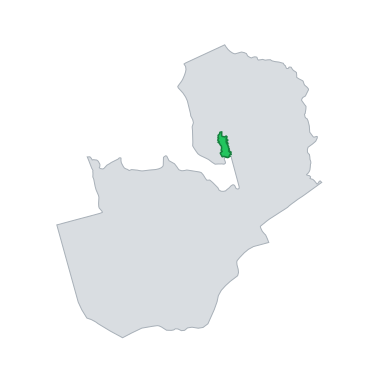 location of Samfya, Luapula, Zambia, rotated 345°
{"feature_id": "96606910B51649803270254", "entity_name": "Samfya", "entity_type": "district", "adm_level": 2, "iso_a3": "ZMB", "parent_name": "Zambia", "parent_adm1": "Luapula", "projection": "robinson", "projection_center": [29.71, -11.747], "detail": "fine", "context": "in_parent", "style": "filled", "palette": "green", "viewbox_px": 384, "rotation_deg": 345, "n_neighbors": 0, "source": "geoboundaries", "source_scale": "gbopen_adm2", "svg_char_len": 7291}
<svg xmlns="http://www.w3.org/2000/svg" viewBox="0 0 384 384"><g transform="rotate(345 192 192)"><path d="M253.1,260.6L237.3,260.6L231.6,262.0L226.8,264.2L221.2,267.6L217.9,269.9L217.1,271.2L216.6,274.1L216.6,278.6L216.1,281.8L214.4,284.7L205.8,288.2L200.2,291.1L194.8,294.6L190.6,299.0L187.8,304.5L183.1,311.3L173.3,323.4L167.6,325.7L162.8,325.2L157.0,322.6L152.5,322.1L149.1,323.7L145.9,323.2L143.0,320.7L140.6,319.8L138.7,320.5L136.2,320.3L131.6,318.9L127.7,314.6L125.5,312.8L123.9,312.1L119.1,311.5L108.3,310.5L97.1,312.6L87.2,314.8L77.1,305.2L67.3,295.0L65.2,292.4L61.5,289.0L58.9,287.3L57.8,286.5L55.1,277.4L53.6,269.0L52.9,188.8L97.3,188.8L100.1,188.5L100.2,187.6L98.2,183.4L98.2,181.8L98.8,178.9L100.7,173.1L100.8,171.2L99.9,164.9L99.9,161.3L100.4,154.2L100.1,151.8L101.1,148.6L101.5,146.4L101.9,145.5L101.3,143.1L100.4,134.6L99.9,131.0L102.5,131.6L103.4,133.3L103.9,135.2L105.2,135.3L108.3,136.5L109.4,138.0L110.2,141.4L109.7,143.2L108.7,144.6L109.8,145.8L111.9,146.7L113.1,146.4L116.7,144.1L120.0,143.2L121.6,142.6L129.0,141.1L130.4,140.3L131.4,140.3L132.2,140.9L131.5,143.4L131.3,145.5L132.2,149.5L132.9,151.4L134.5,152.8L135.6,153.5L136.8,155.0L139.4,154.7L145.0,156.8L146.7,157.7L149.1,158.7L150.8,159.0L156.6,159.8L162.7,160.9L165.8,161.0L168.1,160.7L169.7,160.1L170.6,159.5L171.1,158.9L173.4,151.2L174.5,150.6L176.1,150.2L176.9,150.9L177.9,155.8L182.4,160.2L183.9,163.8L185.0,167.0L186.0,167.8L187.7,168.9L190.3,169.3L192.7,169.4L204.6,174.7L206.0,175.7L207.4,178.6L208.3,181.8L209.3,184.4L210.8,184.8L212.2,185.0L213.5,186.8L214.5,188.3L218.1,194.6L218.6,197.1L220.3,198.8L222.6,199.5L224.8,199.6L226.0,198.9L229.0,197.6L231.4,196.1L233.1,195.6L234.2,195.9L234.9,196.9L235.5,200.1L237.1,201.1L238.4,200.7L238.9,199.5L238.9,198.8L238.9,165.9L237.8,166.1L236.4,167.0L233.3,167.2L232.0,167.9L231.6,168.9L231.9,170.3L232.0,172.1L231.5,173.0L230.1,173.4L228.1,172.6L224.5,171.7L221.5,171.1L219.3,168.7L216.4,164.9L214.4,163.1L209.8,159.2L209.0,158.4L207.6,156.6L206.4,153.5L205.2,149.9L204.6,147.6L205.7,144.1L208.4,132.7L209.0,129.1L211.3,125.5L211.4,122.3L210.5,118.2L210.8,115.9L211.1,102.8L210.4,98.6L208.9,94.1L205.6,87.7L205.6,86.3L210.7,82.2L212.3,80.6L214.9,77.3L216.8,74.4L217.9,72.1L218.3,69.1L217.4,66.3L219.2,65.7L261.7,58.3L262.3,60.3L263.6,63.5L265.1,65.9L266.9,68.0L268.5,69.3L269.5,69.7L276.0,69.6L278.4,70.8L280.4,72.4L280.9,74.9L282.3,76.5L283.7,77.7L284.4,77.9L285.4,77.6L287.2,77.6L288.8,78.1L289.6,78.7L289.7,80.7L290.2,81.7L292.4,82.0L294.6,82.2L296.8,83.6L299.2,83.9L301.9,84.5L303.2,86.0L306.1,87.6L309.6,89.0L313.5,91.3L313.6,92.0L314.2,93.4L314.9,94.3L315.0,95.8L315.3,97.1L316.3,97.5L317.1,97.5L317.9,96.6L318.9,96.6L320.1,97.2L320.5,98.8L321.4,100.8L322.8,102.3L323.8,103.6L323.4,106.1L322.8,108.4L324.8,110.6L327.3,112.8L328.0,113.7L328.2,116.9L328.5,118.0L330.3,120.6L331.1,122.4L331.0,123.4L326.4,128.6L323.5,129.4L322.3,130.5L321.5,131.6L323.4,136.8L324.3,138.8L323.5,141.3L321.6,145.5L320.8,145.9L320.6,149.0L321.2,150.2L322.1,151.1L322.5,153.3L322.4,158.6L321.2,164.7L323.3,170.0L324.0,170.6L326.9,170.6L327.4,171.1L326.7,172.6L324.6,175.0L320.9,176.8L315.7,178.8L314.5,180.7L313.8,183.5L314.4,185.1L315.1,186.1L314.9,188.5L314.4,191.1L314.6,193.1L314.3,194.9L313.6,195.8L312.7,198.5L311.6,201.2L310.6,202.5L309.3,203.7L307.2,204.8L307.3,205.4L309.6,206.6L310.2,207.5L310.5,208.1L309.5,209.5L310.6,210.3L311.9,211.0L313.1,212.8L314.6,216.2L314.8,216.6L315.2,216.6L316.0,216.2L317.5,214.8L318.6,214.4L319.8,216.3L297.7,224.7L292.5,226.4L284.8,229.4L282.3,230.5L280.3,231.6L259.7,238.2L256.5,239.5L249.2,242.8L249.0,243.4L249.1,244.9L249.7,248.1L251.0,250.9L252.0,252.6L252.7,256.8L253.1,260.6Z" fill="#d9dde1" stroke="#a8b0b8" stroke-width="1"/><path d="M234.4,141.6L233.9,142.6L233.7,142.9L233.2,143.3L232.9,143.5L232.6,143.7L232.3,143.8L232.1,143.9L231.9,144.0L231.8,144.4L231.8,144.5L231.8,144.9L231.5,145.7L231.2,146.0L231.3,146.3L231.6,146.6L231.6,146.9L231.6,147.0L231.1,147.2L231.1,147.5L230.9,147.8L230.7,147.9L230.5,148.5L230.4,148.6L230.5,148.7L230.6,149.4L230.7,149.7L230.8,150.0L231.0,150.3L231.1,150.5L230.3,150.7L230.4,150.8L230.6,151.3L230.7,151.5L230.9,151.7L231.0,152.1L231.2,152.7L231.3,152.8L231.4,153.2L231.5,153.3L231.5,153.7L231.6,154.2L231.7,154.4L231.9,154.5L232.1,154.8L232.2,155.0L232.2,156.1L232.2,156.3L232.1,156.6L232.0,156.9L232.0,157.1L232.0,157.3L231.8,157.6L231.6,158.0L231.5,158.4L231.4,158.5L231.2,158.7L231.1,158.9L231.1,159.1L231.0,159.3L231.0,159.5L231.1,159.8L231.1,160.0L231.3,160.2L231.7,160.4L231.7,160.5L231.1,160.9L230.9,161.0L230.5,161.2L230.2,161.2L229.8,161.4L229.5,161.6L229.4,161.8L229.5,162.4L229.5,162.8L229.6,163.0L229.8,163.7L230.0,164.7L230.1,165.1L230.2,165.5L230.4,165.8L230.5,165.8L231.2,165.7L231.3,165.7L231.9,166.0L232.1,166.1L232.4,166.0L232.7,166.3L233.0,166.5L233.3,166.5L233.6,166.6L233.8,166.7L233.7,166.7L233.8,166.9L233.7,167.0L233.8,167.1L233.9,166.9L234.0,166.9L234.1,167.0L234.4,167.2L234.4,167.3L234.5,167.5L234.8,167.7L234.7,167.6L234.8,167.5L235.1,167.6L235.1,167.8L235.3,168.0L235.5,168.0L235.8,168.0L236.2,168.0L236.4,167.9L236.5,167.7L236.9,167.7L237.1,167.6L237.0,167.4L237.1,167.2L237.3,167.2L237.5,167.2L237.4,167.1L237.4,166.8L237.6,166.3L237.7,166.2L238.0,165.9L238.3,165.7L238.7,165.8L238.9,165.9L239.2,165.8L239.3,165.7L239.2,165.6L239.3,165.5L239.2,165.4L239.2,165.2L239.3,165.1L239.4,164.9L239.5,165.0L239.5,164.9L239.6,164.7L239.6,164.4L239.4,164.3L239.4,164.2L239.5,164.1L239.4,164.1L239.2,164.0L239.2,163.9L239.3,163.9L239.2,163.7L238.9,163.6L239.0,163.6L238.9,163.5L239.0,163.4L238.9,163.4L238.7,163.1L238.9,163.1L238.9,162.9L238.7,162.6L238.8,162.5L238.7,162.4L238.8,162.4L238.7,162.3L238.7,162.2L238.8,162.2L238.7,162.0L238.7,161.9L238.6,161.7L238.8,161.7L238.9,161.4L238.7,161.3L238.6,161.1L238.6,160.9L238.6,161.0L238.6,160.9L238.7,160.7L238.5,160.4L238.6,160.2L238.9,160.1L239.0,160.1L239.1,159.8L239.0,159.7L238.9,159.6L238.8,159.4L238.9,159.2L238.7,158.7L238.8,158.5L238.8,158.4L238.9,158.2L238.7,158.2L238.7,157.9L238.7,157.7L238.7,157.4L238.7,157.1L238.8,156.9L238.8,156.7L238.7,156.4L238.8,156.2L238.6,156.0L238.7,155.8L238.6,155.7L238.6,155.4L238.6,155.0L238.6,154.7L238.7,154.4L238.8,154.4L238.7,154.3L238.8,154.3L238.8,154.2L238.8,153.9L238.9,153.7L238.6,153.4L238.5,153.6L238.4,153.6L238.3,153.4L238.2,153.5L238.2,153.2L238.3,153.2L238.2,153.1L238.3,153.0L238.6,153.0L238.6,152.9L238.4,152.7L238.5,152.7L238.4,152.6L238.4,152.3L238.5,152.2L238.5,152.3L238.6,152.1L238.5,151.9L238.8,151.7L238.7,151.7L238.9,151.5L239.0,151.5L238.9,151.4L239.0,151.3L238.9,151.2L238.7,151.3L238.6,151.2L238.9,151.0L239.0,150.9L238.9,150.9L238.8,151.0L238.7,151.0L238.7,150.8L238.7,150.7L238.8,150.8L238.9,150.7L239.0,150.5L238.9,150.5L238.8,150.4L238.6,150.5L238.6,150.4L238.8,150.3L238.8,150.2L239.0,150.1L239.1,149.8L239.1,149.7L239.1,149.3L239.0,149.2L239.1,148.9L239.6,148.8L239.7,148.7L239.8,148.3L239.8,148.2L239.8,147.8L239.9,147.6L240.0,147.5L239.9,147.4L239.7,147.1L239.6,146.9L239.4,146.8L238.4,147.1L238.0,147.3L237.7,147.3L237.4,147.1L237.1,146.8L235.8,146.3L235.5,146.0L235.4,145.8L235.4,145.7L235.3,145.4L235.4,145.0L235.4,144.9L235.4,144.7L235.5,144.5L235.5,144.4L235.7,143.7L236.1,142.3L236.1,142.1L236.2,141.9L236.3,141.7L236.2,141.6L235.8,141.7L235.6,141.6L235.1,141.5L234.4,141.6Z" fill="#22c55e" stroke="#15803d" stroke-width="1.5"/></g></svg>